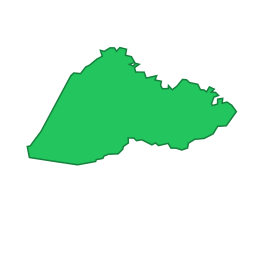 Austin, Texas, United States of America (Albers equal-area conic projection), rotated 307°
{"feature_id": "52423323B73481023135249", "entity_name": "Austin", "entity_type": "district", "adm_level": 2, "iso_a3": "USA", "parent_name": "United States of America", "parent_adm1": "Texas", "projection": "albers", "projection_center": [-96.191, 29.849], "detail": "fine", "context": "isolated", "style": "filled", "palette": "green", "viewbox_px": 256, "rotation_deg": 307, "n_neighbors": 0, "source": "geoboundaries", "source_scale": "gbopen_adm2", "svg_char_len": 1213}
<svg xmlns="http://www.w3.org/2000/svg" viewBox="0 0 256 256"><g transform="rotate(307 128 128)"><path d="M165.5,195.1L174.6,199.5L183.3,198.6L188.9,205.1L206.3,204.7L208.6,197.2L208.3,191.5L204.4,188.3L208.7,185.8L205.0,182.2L201.1,185.1L196.8,182.0L197.5,180.1L204.3,178.0L208.5,180.7L209.1,176.5L206.8,172.9L210.9,173.5L209.8,168.3L204.2,169.0L204.1,165.8L202.2,162.8L204.9,157.4L201.3,149.8L201.7,145.7L199.6,142.3L190.7,141.9L185.2,140.3L186.2,134.8L183.7,136.4L180.1,131.9L181.5,128.5L185.4,126.5L182.6,120.7L187.0,119.4L178.8,112.5L182.3,107.3L177.3,100.5L180.1,96.9L185.6,98.6L184.1,94.9L180.6,95.0L179.7,90.8L184.4,93.8L187.0,87.8L184.6,82.2L190.0,79.4L187.3,73.1L182.3,72.6L183.8,69.0L181.2,65.4L174.9,62.9L173.4,59.2L169.8,64.3L164.3,61.7L155.1,59.5L151.2,57.5L142.9,57.4L139.3,51.6L135.2,50.9L72.9,60.6L54.8,60.7L52.6,58.7L45.1,67.0L59.0,92.9L68.2,109.8L81.8,122.3L83.6,121.7L88.6,126.2L91.3,125.7L95.4,128.3L101.4,135.6L107.8,136.6L110.4,135.4L116.3,137.3L120.2,134.1L123.5,138.8L123.0,142.4L126.9,146.1L128.9,157.2L132.6,159.0L132.3,162.9L139.9,169.3L137.8,174.4L140.9,178.6L142.8,184.2L147.9,187.6L152.2,185.4L159.1,188.1L165.5,195.1Z" fill="#22c55e" stroke="#15803d" stroke-width="1.5"/></g></svg>